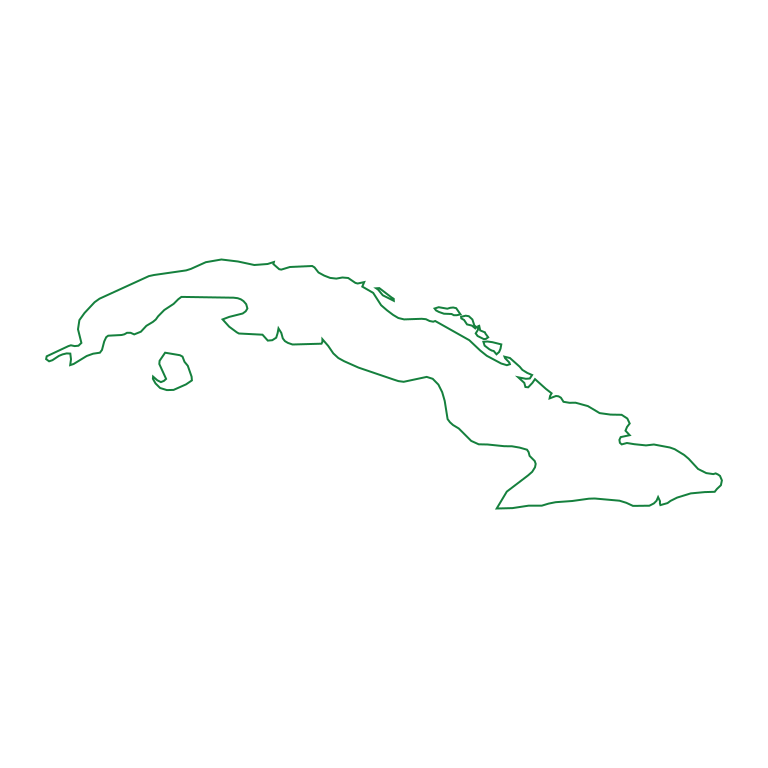 outline of Cuba
{"feature_id": "CUB", "entity_name": "Cuba", "entity_type": "country or territory", "adm_level": 0, "iso_a3": "CUB", "parent_name": "North America", "parent_adm1": "", "projection": "natural_earth1", "projection_center": [-79.329, 21.523], "detail": "fine", "context": "isolated", "style": "outline", "palette": "green", "viewbox_px": 768, "rotation_deg": 0, "n_neighbors": 0, "source": "natural_earth", "source_scale": "50m", "svg_char_len": 3769}
<svg xmlns="http://www.w3.org/2000/svg" viewBox="0 0 768 768"><path d="M238.0,261.5L254.3,265.0L267.6,264.0L273.9,262.0L273.4,264.1L279.2,269.2L281.3,269.6L289.9,267.0L312.2,266.0L314.5,267.4L318.5,272.5L324.2,275.6L330.1,277.9L336.3,278.6L342.4,277.5L348.2,278.0L355.4,282.9L357.7,283.5L364.2,282.1L362.3,286.6L373.2,292.9L381.1,305.2L387.0,310.3L393.1,314.9L398.3,318.0L404.1,319.4L421.7,318.8L425.9,319.2L429.6,321.0L433.2,321.7L435.2,321.0L469.3,340.2L480.2,350.5L486.8,355.8L501.2,363.5L506.9,365.2L509.9,364.2L509.3,362.5L505.1,358.2L504.5,356.7L509.9,358.0L519.7,366.7L522.4,369.9L527.2,372.9L532.1,375.0L529.8,378.5L525.9,378.8L518.2,377.3L524.3,382.9L525.4,387.0L528.2,387.3L532.4,382.9L535.0,379.1L545.8,388.8L551.6,393.3L550.1,395.9L549.6,398.4L556.0,396.0L558.5,396.3L560.9,397.7L563.5,401.8L569.5,402.8L575.5,402.7L587.9,406.1L599.6,413.1L610.6,414.6L621.6,414.8L627.3,418.5L629.7,423.5L627.0,427.0L625.5,430.7L629.7,435.2L620.7,437.1L619.4,439.9L619.9,442.8L621.7,444.4L626.9,443.0L634.3,444.2L646.0,445.4L653.9,444.5L669.9,447.5L674.7,449.2L684.2,455.0L688.7,458.8L698.1,469.0L706.3,473.1L713.3,474.1L715.7,473.4L718.0,474.5L720.0,475.9L721.9,480.4L720.9,485.2L716.9,489.0L714.7,491.8L704.7,492.1L690.7,493.4L677.1,497.6L670.5,500.9L667.5,503.1L660.4,505.1L659.9,503.4L660.0,501.2L658.1,497.1L656.5,500.8L653.9,503.4L649.4,505.7L633.0,505.9L626.3,502.8L619.5,500.7L594.7,498.5L588.8,498.7L572.2,501.0L555.6,502.2L548.6,503.6L541.7,505.7L528.4,505.7L512.5,508.1L496.7,508.5L506.8,491.6L528.2,475.3L532.2,471.8L535.0,467.3L535.7,463.9L534.7,461.0L529.6,455.9L528.6,452.1L527.0,449.7L519.6,447.6L512.1,446.3L504.2,446.2L487.6,444.5L478.7,444.3L471.2,440.9L458.8,428.5L453.0,425.0L450.0,422.3L447.6,419.1L444.7,400.9L442.2,392.2L438.4,384.6L432.7,378.8L426.7,376.9L403.7,381.8L398.4,381.1L393.2,379.4L358.5,367.6L344.1,361.2L338.3,358.0L333.3,353.4L328.2,345.9L322.4,339.2L322.4,341.9L321.5,343.7L292.5,344.5L287.9,342.9L284.9,341.1L282.8,338.4L281.3,332.9L278.5,328.4L277.6,333.2L276.2,337.7L272.3,340.2L267.8,340.6L262.5,334.7L238.9,333.5L236.9,332.4L229.2,326.7L222.6,319.4L229.2,316.9L242.7,313.5L245.7,311.3L247.4,308.5L246.2,304.2L243.5,301.1L240.8,299.3L237.7,298.2L233.6,297.7L181.4,296.9L178.3,299.2L173.6,303.9L164.3,310.0L158.1,316.3L155.8,319.5L152.9,321.9L146.4,325.8L140.9,331.7L134.2,334.4L130.6,332.8L127.0,332.8L124.4,334.3L121.6,335.0L108.2,335.7L106.2,337.2L104.2,341.5L102.0,349.9L99.9,352.7L93.1,353.7L86.7,356.0L73.6,364.0L70.2,365.1L71.0,359.3L70.3,353.6L66.7,353.4L62.5,354.4L58.9,355.9L52.4,360.2L49.1,361.3L46.1,359.1L46.7,356.3L68.4,346.1L70.9,345.3L74.7,346.1L78.5,345.7L81.4,342.9L78.0,329.3L79.4,320.1L84.5,313.0L94.6,302.2L99.5,298.7L148.9,276.1L154.0,275.0L186.1,270.4L190.9,268.9L205.8,262.2L221.4,259.5L238.0,261.5ZM191.9,380.4L186.0,384.4L173.6,389.9L166.9,390.1L160.1,388.0L155.5,383.4L152.9,378.8L153.1,376.6L157.3,380.3L160.9,382.1L163.9,380.9L166.1,378.9L159.3,364.0L159.6,360.8L165.1,352.7L179.9,355.2L182.5,356.6L184.5,361.8L187.8,365.8L191.6,376.7L191.9,380.4ZM438.7,307.2L447.3,308.7L450.3,307.8L453.2,307.5L456.2,308.2L460.5,314.4L456.8,315.2L453.8,315.2L451.6,314.0L443.9,313.7L438.8,311.9L436.0,310.4L434.6,308.5L438.7,307.2ZM499.1,352.0L496.5,354.3L493.7,351.0L491.9,350.6L489.4,349.3L484.6,345.6L483.4,341.8L487.4,341.5L492.5,342.2L501.3,344.4L500.5,348.7L499.1,352.0ZM476.6,327.1L475.3,328.4L471.9,325.6L467.0,324.4L464.1,320.0L461.3,318.4L461.1,316.8L465.7,315.7L468.8,316.2L472.4,319.5L474.4,325.6L476.6,327.1ZM485.9,338.9L483.8,339.1L477.6,336.0L475.7,333.4L477.9,329.9L478.3,326.1L479.2,325.8L480.2,330.4L485.0,332.4L485.3,333.4L488.2,337.3L485.9,338.9ZM393.7,298.8L393.8,300.8L382.8,295.3L378.1,289.6L376.2,288.3L379.3,288.1L391.6,297.5L393.7,298.8Z" fill="none" stroke="#15803d" stroke-width="2"/></svg>